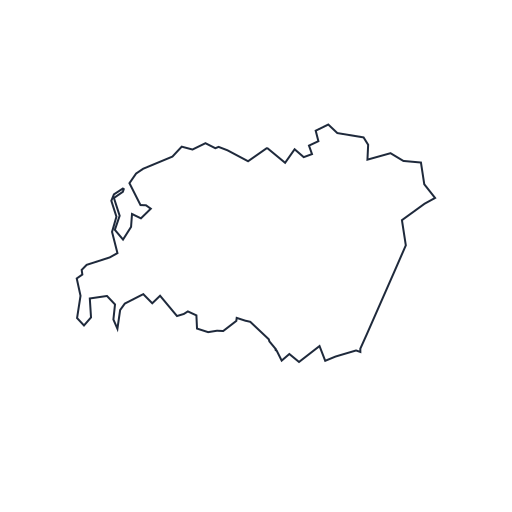 the district of Chesterfield, Virginia, United States of America, rotated 156°
{"feature_id": "52423323B79488300167847", "entity_name": "Chesterfield", "entity_type": "district", "adm_level": 2, "iso_a3": "USA", "parent_name": "United States of America", "parent_adm1": "Virginia", "projection": "mercator", "projection_center": [-77.515, 37.39], "detail": "fine", "context": "isolated", "style": "outline", "palette": "slate", "viewbox_px": 512, "rotation_deg": 156, "n_neighbors": 0, "source": "geoboundaries", "source_scale": "gbopen_adm2", "svg_char_len": 1420}
<svg xmlns="http://www.w3.org/2000/svg" viewBox="0 0 512 512"><g transform="rotate(156 256 256)"><path d="M349.6,370.9L350.2,371.8L360.7,370.1L365.7,365.3L367.5,348.7L377.7,336.6L381.4,315.0L390.2,314.2L414.3,316.8L420.9,314.2L422.2,309.7L428.9,308.4L432.5,291.0L444.7,272.1L441.4,262.5L431.7,267.0L425.1,284.8L408.4,280.1L404.5,269.1L412.1,256.0L412.2,245.9L402.1,261.9L395.2,265.9L374.5,267.0L370.0,255.0L359.8,258.7L352.6,233.3L345.5,232.4L340.8,233.1L334.6,226.0L339.4,213.7L330.7,205.9L322.0,203.6L316.5,200.8L300.4,204.7L298.8,207.3L291.8,201.0L291.3,200.7L288.0,198.2L278.2,174.7L278.5,172.5L275.8,162.9L276.1,162.6L276.3,162.4L276.3,162.0L275.9,161.9L275.9,161.7L275.6,161.2L275.1,150.0L265.4,152.9L259.8,141.7L234.6,147.9L235.4,132.1L224.3,131.8L219.6,131.2L203.0,129.0L199.7,125.9L198.4,128.9L187.2,138.9L135.8,185.6L114.8,204.8L108.1,229.4L80.7,235.2L68.8,236.2L73.1,253.1L67.3,274.3L82.7,282.9L91.3,295.2L115.0,298.7L108.3,312.0L109.5,320.6L131.7,335.2L136.5,346.7L150.5,346.2L152.3,335.5L162.7,335.3L163.4,326.3L172.2,326.9L177.3,337.8L191.5,329.3L201.6,349.6L202.5,350.1L224.7,345.8L239.1,364.2L245.8,370.9L249.3,371.0L256.3,379.6L270.7,379.1L279.4,386.1L291.9,380.8L323.6,381.6L332.0,380.1L342.0,374.0L340.8,349.5L335.9,347.1L332.9,342.0L345.8,337.2L352.2,344.8L358.3,333.4L370.8,325.1L374.3,337.3L364.2,348.2L362.2,366.8L351.5,368.8L349.6,370.9Z" fill="none" stroke="#1e293b" stroke-width="2"/></g></svg>